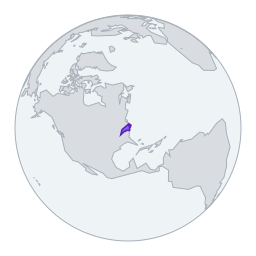 North Carolina on an orthographic globe, rotated 318°
{"feature_id": "USA-3549", "entity_name": "North Carolina", "entity_type": "State", "adm_level": 1, "iso_a3": "USA", "parent_name": "United States of America", "parent_adm1": "", "projection": "orthographic", "projection_center": [-78.085, 35.229], "detail": "coarse", "context": "on_globe", "style": "filled", "palette": "violet", "viewbox_px": 256, "rotation_deg": 318, "n_neighbors": 0, "source": "natural_earth", "source_scale": "10m", "svg_char_len": 9819}
<svg xmlns="http://www.w3.org/2000/svg" viewBox="0 0 256 256"><g transform="rotate(318 128 128)"><circle cx="128" cy="128" r="113" fill="#eef3f6" stroke="#a8b0b8"/><path d="M127.8,179.0L125.1,177.9L122.5,180.8L113.4,175.6L110.1,169.2L82.1,154.8L79.3,150.8L79.3,145.3L70.8,123.8L74.1,142.8L70.6,138.4L68.0,131.2L69.7,130.1L68.3,120.0L65.3,115.1L65.9,102.7L73.4,89.2L74.3,92.2L76.0,88.8L75.0,85.0L74.0,83.4L78.7,69.1L76.8,58.9L72.6,58.4L76.4,56.7L65.9,57.8L62.5,55.4L68.6,56.6L70.9,55.6L69.8,53.0L71.9,51.5L72.6,49.4L75.3,48.0L78.6,49.1L80.4,48.3L79.5,46.5L81.6,44.1L82.7,46.8L86.5,43.0L92.7,45.0L93.5,54.4L99.2,55.2L105.8,64.5L107.4,62.8L111.0,65.6L114.2,64.7L114.5,67.0L116.8,64.4L115.9,62.5L116.6,60.8L118.4,60.2L119.1,62.9L118.3,63.5L119.5,64.0L119.1,65.7L120.3,64.5L121.0,68.0L123.0,63.8L125.8,65.9L125.5,68.5L122.0,69.2L112.8,78.0L111.4,81.3L113.0,85.0L123.3,89.5L123.3,93.0L125.7,97.0L127.4,94.4L126.0,90.5L129.7,87.1L127.6,82.9L128.7,81.1L128.0,76.7L131.9,76.4L136.1,78.6L136.9,82.3L138.7,83.5L141.0,79.3L145.5,86.0L153.6,90.2L154.3,92.2L150.3,96.8L142.6,98.0L137.4,105.0L144.6,99.6L146.3,105.2L148.2,105.9L150.4,105.3L151.2,102.9L152.6,104.8L146.0,110.6L144.6,108.9L146.7,107.0L143.1,107.8L138.7,112.2L139.9,114.9L131.9,119.6L132.7,121.7L131.4,124.1L130.6,120.3L131.8,127.3L122.6,135.4L123.9,147.6L118.4,138.1L114.0,136.9L108.6,136.8L108.7,138.8L101.4,136.7L95.0,140.1L92.8,149.4L95.4,156.9L103.4,158.1L105.8,154.3L111.7,153.9L107.6,164.2L117.9,166.2L117.0,173.7L120.0,177.6L125.1,176.7L130.4,178.4L134.1,174.0L140.1,171.2L140.4,177.3L143.6,171.5L147.0,174.1L158.9,172.2L158.0,173.7L168.0,178.8L178.6,179.1L181.0,182.5L179.8,185.3L183.4,184.9L183.5,186.5L197.4,183.7L204.3,184.2L203.8,189.4L197.7,197.7L191.1,210.4L179.8,217.5L176.2,221.9L166.2,228.9L159.4,230.1L160.7,231.7L156.4,233.5L151.8,234.4L150.5,235.7L147.1,236.2L149.0,236.5L142.8,238.4L143.8,238.9L139.1,239.9L139.9,239.9L138.3,240.1L136.6,240.3L136.2,240.3L131.8,240.5L131.2,240.0L133.3,239.5L131.3,239.5L135.8,237.8L133.4,238.3L135.0,235.2L139.0,231.8L142.6,219.7L140.4,217.1L131.9,214.1L121.8,202.3L124.7,197.1L122.4,194.6L129.9,186.6L127.8,179.0ZM23.9,111.4L24.7,109.0L24.7,111.3L23.9,111.4ZM25.0,107.1L24.7,108.0L24.9,107.1L25.0,107.1ZM24.9,106.1L24.9,106.8L24.8,106.2L24.9,106.1ZM24.6,105.0L24.8,105.5L24.7,105.5L24.6,105.0ZM123.4,151.6L135.2,156.9L128.6,157.9L129.8,156.8L126.8,154.5L121.3,152.4L115.5,153.5L123.4,151.6ZM24.7,102.7L24.7,102.1L24.9,102.3L24.7,102.7ZM128.5,144.9L126.4,144.5L128.4,144.4L128.5,144.9ZM73.2,83.0L74.8,85.2L74.8,89.3L73.3,87.6L73.2,83.0ZM73.5,75.6L74.8,76.0L72.8,79.2L72.6,78.0L73.5,75.6ZM69.1,58.5L70.0,59.9L68.4,59.1L69.1,58.5ZM72.2,49.4L71.3,49.6L72.0,48.5L72.2,49.4ZM125.9,77.2L126.9,77.0L126.5,77.9L125.9,77.2ZM124.6,75.6L123.4,76.9L122.6,76.3L123.4,75.5L124.6,75.6ZM76.8,45.3L78.3,43.6L77.4,45.5L76.8,45.3ZM126.2,74.2L121.4,75.2L120.0,74.2L121.7,70.6L126.2,74.2ZM79.6,42.8L83.2,39.0L81.4,39.0L88.4,37.3L83.1,40.9L82.2,43.1L81.3,42.2L79.6,42.8ZM114.8,62.2L115.9,64.1L113.3,63.1L114.8,62.2ZM113.0,62.0L104.2,61.8L103.6,58.8L106.7,59.4L104.5,56.2L108.5,54.7L110.6,56.2L110.2,58.4L112.0,56.2L113.0,62.0ZM91.8,37.1L93.1,36.5L92.3,37.4L91.8,37.1ZM116.7,60.0L115.0,60.2L114.3,57.6L117.6,56.8L116.7,57.9L116.7,60.0ZM101.9,56.1L102.0,54.1L105.3,52.4L105.8,51.5L108.5,54.5L101.9,56.1ZM117.8,58.2L119.3,56.5L121.3,57.3L118.3,59.7L117.8,58.2ZM112.7,57.2L112.5,56.0L113.7,56.4L112.7,57.2ZM129.1,59.3L127.0,59.3L126.5,57.9L129.1,59.3ZM119.7,55.9L119.0,55.6L118.6,55.2L119.9,54.3L119.7,55.9ZM110.6,53.1L112.0,52.9L109.7,51.8L112.0,50.6L113.5,52.9L113.8,51.4L114.6,51.1L114.9,53.4L110.6,53.1ZM120.0,52.0L122.6,54.7L126.5,54.8L127.1,56.0L120.7,55.7L120.0,52.0ZM117.0,52.6L119.0,52.4L118.7,53.9L117.1,54.9L117.0,52.6ZM113.1,49.1L109.1,50.3L109.0,49.7L113.1,49.1ZM121.2,51.7L120.5,51.1L121.5,51.5L121.2,51.7ZM115.7,49.5L114.3,49.9L114.1,49.3L115.7,49.5ZM120.4,49.5L121.2,50.3L120.2,51.0L120.4,49.5ZM118.3,49.2L118.4,48.3L119.3,50.7L117.7,49.5L118.3,49.2ZM115.7,48.8L115.2,48.6L116.3,48.7L115.7,48.8ZM123.8,46.6L125.2,49.5L122.9,50.9L121.9,47.9L123.8,46.6ZM136.2,240.3L132.1,240.5L136.0,240.3L139.2,240.0L141.8,239.8L136.2,240.3ZM148.2,238.8L151.7,238.1L152.3,237.9L150.1,238.4L148.2,238.8ZM218.8,61.4L218.3,60.7L218.2,60.6L218.1,60.4L219.9,62.9L220.4,63.6L219.5,62.5L220.6,63.9L225.1,70.9L229.1,78.3L232.5,85.9L235.3,93.7L237.6,101.8L239.2,110.0L240.2,118.3L240.6,126.6L240.4,135.0L240.5,133.3L240.4,125.5L240.1,124.2L239.7,128.0L239.0,126.5L238.5,128.3L233.6,143.1L230.5,142.9L222.8,135.6L222.5,128.5L219.5,122.8L215.0,90.4L217.3,87.9L217.5,74.3L218.1,73.5L221.6,78.3L224.5,74.6L221.3,69.0L220.5,64.5L217.6,59.9L210.4,51.7L215.0,58.9L212.3,57.2L205.8,48.6L201.3,42.9L200.1,42.1L200.0,43.5L196.0,40.3L199.6,43.9L200.4,43.9L202.7,46.3L202.2,46.5L200.8,45.3L201.3,46.7L207.8,52.8L209.3,53.3L212.5,59.3L215.2,61.0L217.1,63.8L213.2,62.1L211.3,60.3L206.6,61.1L208.9,63.4L213.5,63.0L213.4,64.0L216.5,67.6L214.1,65.8L208.4,66.1L209.3,72.4L215.6,85.7L215.1,89.6L212.2,91.3L204.7,82.5L206.8,74.8L204.2,72.0L199.3,71.1L200.4,69.0L198.6,67.8L199.0,65.0L195.1,59.3L194.8,56.6L189.1,52.8L188.1,51.0L191.8,53.7L194.2,54.2L192.9,48.1L191.4,46.4L187.8,44.6L187.9,43.3L184.6,42.4L181.8,38.7L182.3,42.6L178.1,41.0L174.1,38.2L172.8,38.5L179.3,43.1L181.8,44.4L183.8,44.4L190.7,49.1L192.0,51.6L185.2,49.6L186.4,53.2L180.5,50.5L166.5,38.8L162.9,35.0L165.7,30.9L169.0,32.2L169.6,34.2L173.0,33.3L170.8,32.9L170.9,32.0L166.9,30.6L166.7,29.9L163.1,29.9L162.5,29.0L164.8,29.0L158.3,26.6L155.9,24.6L154.5,24.5L153.6,24.8L151.1,22.4L150.2,22.4L150.7,23.2L149.1,23.7L145.4,23.9L144.7,23.1L146.0,22.9L147.6,21.4L151.1,21.3L150.4,21.0L147.3,20.9L145.3,22.7L143.2,23.0L143.7,22.0L143.4,22.4L142.1,22.3L140.3,21.5L139.6,22.7L127.0,24.3L122.2,23.3L124.0,21.9L114.5,23.1L109.8,22.5L110.3,23.1L106.0,24.5L107.4,24.7L107.3,25.1L97.0,29.5L94.1,30.1L90.1,33.3L90.4,33.7L92.3,33.4L88.4,37.3L81.4,39.0L81.2,37.9L76.9,39.9L77.2,37.4L75.4,36.4L78.3,32.9L76.6,32.7L75.1,33.6L71.7,34.2L70.0,33.0L78.1,30.1L81.9,32.5L80.9,31.0L83.1,30.4L84.0,29.3L83.1,28.5L81.8,29.0L90.5,23.6L92.4,21.5L87.4,23.4L84.2,24.5L82.6,24.9L90.1,21.9L97.7,19.5L105.5,17.6L113.4,16.3L121.4,15.6L129.4,15.4L137.4,15.8L145.4,16.7L153.3,18.2L161.0,20.3L168.6,22.9L176.0,26.1L183.1,29.8L189.9,33.9L196.5,38.6L202.7,43.7L208.5,49.2L213.9,55.1L218.8,61.4ZM220.4,103.6L221.4,105.5L220.4,103.6ZM191.8,35.2L191.2,34.8L187.7,32.6L186.0,31.6L187.4,32.6L193.9,37.0L195.1,37.5L191.8,35.2ZM159.3,172.1L160.7,173.0L158.8,173.3L159.3,172.1ZM127.8,160.5L130.2,160.6L131.5,161.5L129.6,161.9L127.8,160.5ZM148.4,159.3L151.1,159.5L148.3,160.3L148.4,159.3ZM137.0,157.5L146.1,159.3L140.5,161.7L134.8,160.6L138.7,159.8L137.0,157.5ZM127.4,148.8L129.0,149.3L128.5,150.5L127.4,148.8ZM129.9,144.9L129.3,145.0L128.5,144.0L129.9,144.9ZM146.7,104.9L147.3,104.5L149.5,104.3L148.5,105.4L146.7,104.9ZM158.7,98.3L160.7,101.5L158.6,99.8L157.7,101.8L152.2,101.0L154.4,93.2L154.4,96.8L158.7,98.3ZM145.4,98.1L148.7,99.3L145.0,98.4L145.4,98.1ZM188.7,64.9L190.3,64.4L192.3,66.4L192.6,70.6L189.7,67.8L188.7,64.9ZM192.0,63.4L185.2,60.6L184.7,58.1L186.1,60.0L186.5,58.6L188.9,61.2L195.1,61.8L197.3,63.6L196.8,70.0L195.7,66.8L194.3,67.3L192.0,63.4ZM168.5,60.6L165.5,60.1L168.3,55.2L170.8,56.3L171.3,60.4L168.7,61.6L168.5,60.6ZM130.2,67.9L128.8,68.5L128.6,67.7L129.6,66.5L130.2,67.9ZM128.2,59.4L135.7,64.6L134.6,65.5L140.4,67.9L139.7,71.2L135.9,69.5L139.7,74.0L136.1,73.8L138.9,76.7L130.7,72.6L127.6,72.8L131.4,71.2L132.1,68.1L131.5,66.8L127.4,63.5L121.1,62.7L120.8,59.8L122.3,57.9L123.8,57.6L123.5,59.6L125.7,57.8L126.4,60.5L128.2,59.4ZM140.0,41.2L139.0,42.9L143.6,41.1L144.3,43.2L144.8,42.9L146.7,44.4L149.9,45.8L149.7,46.8L151.0,46.9L152.3,48.0L154.1,48.6L154.3,50.7L156.5,51.6L155.4,52.1L159.0,53.1L156.5,53.4L157.9,55.0L159.6,53.9L157.0,65.5L157.8,70.6L160.0,74.9L155.3,75.1L150.3,71.4L145.8,66.2L145.7,61.4L143.6,62.5L142.9,60.6L144.8,60.5L141.4,59.6L141.4,58.1L137.4,54.2L132.5,54.1L130.9,52.9L132.8,52.1L129.9,51.4L132.4,49.2L131.4,48.3L132.8,45.5L137.0,44.8L135.5,43.9L136.5,41.8L140.0,41.2ZM124.3,45.8L129.2,44.3L132.0,44.8L128.4,49.6L129.1,50.7L126.8,54.2L122.8,53.4L123.8,52.5L123.8,51.4L125.1,52.1L124.1,50.8L125.5,49.5L125.1,48.2L126.8,48.0L124.3,45.8ZM216.6,70.6L216.7,69.7L216.3,67.9L218.3,70.2L216.6,70.6ZM212.9,70.9L212.6,69.7L215.3,71.8L215.2,72.9L212.9,70.9ZM210.3,67.3L212.4,69.5L211.2,69.0L210.3,67.3ZM191.3,52.6L190.8,51.3L191.6,51.6L192.9,52.7L191.3,52.6ZM153.6,37.1L152.6,37.8L151.9,37.4L148.2,37.8L147.4,36.4L149.3,35.6L153.6,37.1ZM212.4,54.0L214.6,56.6L214.4,56.6L213.7,55.7L212.4,54.0ZM217.5,63.5L217.4,62.1L218.1,64.2L217.5,63.5ZM152.1,35.6L150.7,35.9L151.1,35.0L152.1,35.6ZM146.6,35.4L146.7,34.4L146.9,36.3L146.6,35.4ZM142.9,25.8L148.9,26.7L152.7,26.8L154.0,25.8L154.8,27.7L149.0,27.5L142.9,25.8ZM129.0,24.4L127.9,25.6L126.7,25.1L126.7,24.8L129.0,24.4ZM129.6,25.1L131.5,26.6L129.8,27.2L128.6,25.9L129.6,25.1ZM142.0,30.5L143.9,30.8L143.5,31.5L142.0,30.5ZM79.0,26.6L84.9,24.4L85.2,24.5L77.8,27.3L79.6,26.4L78.8,26.7L77.2,27.5L79.0,26.6ZM92.5,36.1L93.1,36.5L91.8,36.7L92.5,36.1ZM108.2,25.2L107.8,25.8L106.4,25.9L108.2,25.2ZM106.0,27.7L107.9,27.1L106.2,28.1L106.0,27.7ZM112.1,25.9L108.8,27.1L111.5,25.5L112.1,25.9Z" fill="#d9dde1" stroke="#a8b0b8" stroke-width="1"/><path d="M131.2,125.4L131.7,126.3L131.0,125.8L130.4,126.4L130.2,126.4L130.2,125.9L130.2,126.6L131.2,126.5L131.3,127.1L131.6,126.5L131.7,127.2L131.1,127.7L129.7,127.4L130.6,127.9L130.1,128.5L129.6,128.1L129.8,128.5L130.9,128.5L129.0,128.9L128.1,130.6L127.2,130.7L125.5,128.8L123.6,128.7L123.2,128.1L118.0,128.2L122.4,125.2L131.2,125.4ZM131.5,125.4L131.6,125.9L132.1,126.8L131.8,126.4L131.5,125.4ZM131.8,128.0L132.2,127.2L132.1,127.9L131.8,128.0ZM130.7,128.8L131.0,128.5L130.5,129.2L130.7,128.8ZM131.9,126.8L131.9,126.6L131.9,126.8L131.9,126.8ZM129.6,129.1L130.2,129.0L130.3,129.0L129.6,129.1Z" fill="#8b5cf6" stroke="#5b21b6" stroke-width="1.5"/></g></svg>